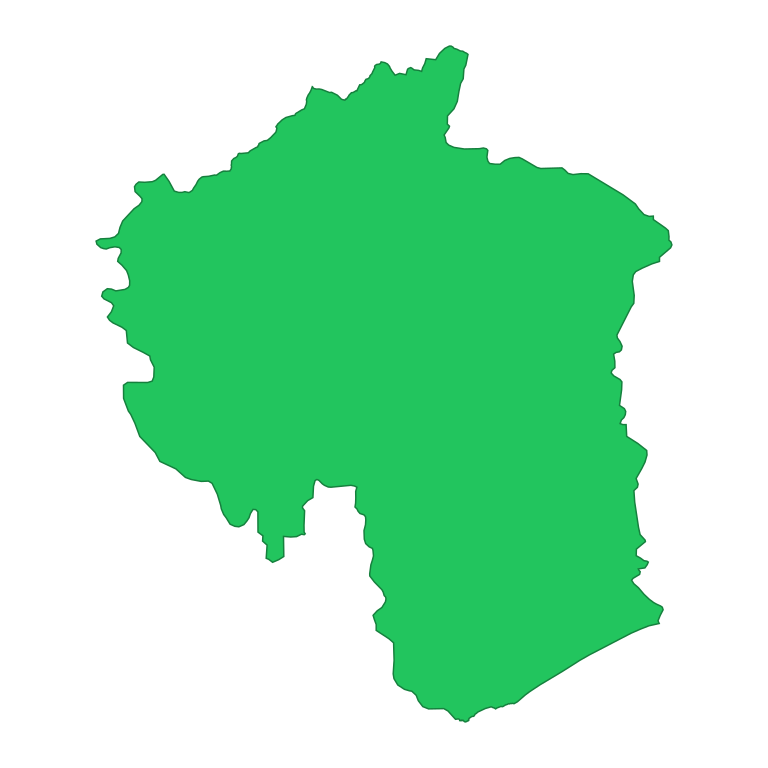 the district of San Carlos, Maldonado, Uruguay
{"feature_id": "84410073B16503485399058", "entity_name": "San Carlos", "entity_type": "district", "adm_level": 2, "iso_a3": "URY", "parent_name": "Uruguay", "parent_adm1": "Maldonado", "projection": "robinson", "projection_center": [-54.965, -34.66], "detail": "fine", "context": "isolated", "style": "filled", "palette": "green", "viewbox_px": 768, "rotation_deg": 0, "n_neighbors": 0, "source": "geoboundaries", "source_scale": "gbopen_adm2", "svg_char_len": 6039}
<svg xmlns="http://www.w3.org/2000/svg" viewBox="0 0 768 768"><path d="M272.6,562.3L278.7,559.7L283.8,556.5L283.5,536.4L290.7,537.0L296.6,536.6L301.5,534.2L304.2,534.7L305.2,533.8L304.1,532.1L304.0,525.2L304.6,510.7L302.5,507.9L302.6,506.1L307.7,500.6L312.9,497.6L313.5,486.2L315.1,480.5L316.9,479.5L318.9,480.3L322.3,483.8L324.4,485.3L328.2,487.0L331.0,487.2L350.9,485.3L354.5,486.0L356.9,487.2L355.7,491.4L355.8,498.0L355.6,503.2L355.0,507.0L357.0,509.0L358.1,511.3L360.0,513.5L363.9,514.8L365.5,516.7L365.8,519.8L365.5,524.7L364.0,530.6L364.3,539.2L365.7,543.6L369.1,546.8L372.4,548.4L373.0,550.4L373.5,556.0L372.3,560.5L370.9,564.8L369.7,573.8L369.8,576.0L374.4,582.0L381.9,589.7L383.2,592.1L384.2,595.6L385.6,597.0L386.0,598.9L385.4,601.9L381.9,607.5L377.2,610.8L373.1,615.3L374.3,619.3L376.2,624.5L376.2,630.4L388.9,638.7L393.6,642.8L394.1,660.3L393.2,673.9L394.0,678.7L397.8,685.0L404.4,689.3L409.4,690.8L411.8,691.2L416.2,695.3L418.3,700.7L422.8,706.6L428.6,708.9L443.8,708.6L448.0,711.0L455.5,719.3L458.3,718.9L459.1,719.2L459.7,720.0L459.7,720.5L460.2,720.4L460.7,720.7L461.2,720.2L461.6,720.2L462.0,720.7L462.8,720.2L463.5,720.5L463.5,720.8L464.5,721.7L465.6,721.9L467.0,721.4L467.7,720.7L468.5,720.7L468.9,720.0L468.6,719.7L468.7,719.1L469.2,718.3L471.8,716.5L473.6,716.3L474.2,715.8L475.2,714.0L476.2,713.5L477.9,712.0L485.3,708.5L491.2,706.8L493.4,707.8L493.9,707.7L495.6,708.9L497.1,707.9L501.0,706.4L502.1,706.7L503.0,706.5L505.9,704.7L506.6,704.7L508.7,703.7L509.6,703.9L510.8,703.4L511.7,703.6L512.7,703.3L514.0,703.7L517.4,701.8L525.2,695.0L529.6,691.7L540.0,684.8L562.4,671.4L579.7,660.4L589.5,654.8L631.1,633.2L640.5,629.1L648.9,625.8L659.2,623.5L658.0,620.8L660.2,615.4L663.1,609.8L662.3,607.2L660.6,606.0L656.6,604.2L653.7,602.6L649.4,599.4L644.0,594.3L638.5,587.8L633.8,583.7L631.6,580.2L633.1,578.3L639.6,574.4L640.2,571.7L638.8,570.1L638.3,568.9L644.9,567.9L647.2,564.7L648.3,562.1L647.0,561.2L644.0,560.7L640.5,558.1L636.2,555.7L636.4,549.1L645.4,541.6L645.1,540.1L640.1,534.6L638.5,527.3L634.7,502.1L633.9,490.6L637.4,487.3L638.1,484.1L636.1,478.5L641.7,468.7L645.0,462.1L647.0,455.0L646.7,450.5L638.0,443.6L626.7,436.4L626.1,424.6L622.8,424.6L620.1,423.6L621.4,420.0L623.9,417.6L625.3,414.7L625.7,411.4L624.4,408.7L619.5,405.4L621.6,389.9L621.9,381.9L620.0,379.5L613.8,375.9L611.2,373.0L611.9,370.4L614.9,367.7L614.8,361.2L613.6,354.1L616.1,352.4L619.4,351.8L621.4,349.9L622.1,346.2L620.0,341.6L617.4,338.0L616.9,335.1L631.2,306.9L633.8,303.3L634.2,295.4L632.3,281.3L633.3,274.9L635.7,271.6L641.9,268.3L651.8,263.9L659.5,261.4L659.5,257.3L670.6,247.8L671.9,244.9L670.9,241.9L668.9,240.1L669.0,236.6L668.3,230.7L665.5,228.1L653.4,219.6L653.3,216.1L649.1,216.4L644.0,214.6L638.7,208.9L635.4,204.0L623.0,194.8L588.2,173.8L580.9,173.7L573.0,174.6L568.1,173.4L564.9,170.1L562.0,167.9L540.8,168.5L537.0,167.5L522.3,158.9L519.0,157.4L514.8,157.6L509.8,158.4L504.7,160.5L500.2,164.2L495.1,164.2L489.6,163.5L487.9,161.2L486.9,157.1L487.8,150.4L486.4,148.8L483.4,148.0L479.2,148.7L464.4,149.0L454.0,147.4L448.7,145.1L446.1,142.5L445.2,137.5L444.1,135.0L448.9,128.0L449.5,126.2L447.3,124.1L447.5,115.9L453.9,108.9L457.3,101.4L458.9,91.5L460.6,83.4L463.2,78.8L463.9,69.0L465.8,65.2L468.0,54.4L466.5,53.2L464.8,52.5L462.8,51.2L460.4,51.0L456.8,49.2L454.0,48.4L452.9,47.1L451.1,46.1L449.3,46.1L444.8,48.4L439.5,53.4L435.7,59.7L426.2,58.7L424.8,63.6L422.6,67.9L421.6,71.4L418.7,70.4L414.1,69.9L411.9,68.2L410.7,67.6L408.2,68.6L407.5,69.5L406.0,74.7L399.6,73.4L395.1,75.2L392.0,71.2L390.1,68.0L389.5,66.4L387.5,64.0L384.7,62.6L381.1,61.9L380.5,63.3L379.4,64.1L376.6,64.5L375.0,65.6L374.6,66.6L374.8,67.6L372.6,72.0L372.0,73.6L370.0,75.7L370.0,76.4L369.0,78.0L367.8,78.8L366.0,79.3L365.0,80.8L364.4,82.4L361.9,84.4L360.8,84.8L359.7,84.8L356.8,90.9L356.1,90.7L353.1,92.5L351.4,92.7L349.0,95.2L348.6,96.1L346.4,99.1L345.5,99.1L344.9,100.2L341.5,99.3L337.4,95.2L331.6,92.3L329.4,92.5L321.8,89.5L319.2,89.0L316.3,89.1L314.3,88.6L313.4,88.2L312.6,86.9L312.3,86.7L311.0,90.3L309.6,93.0L308.3,94.8L306.9,97.9L306.4,99.8L306.7,101.4L306.3,104.3L304.4,108.8L301.7,109.9L296.1,113.3L295.3,114.2L295.1,115.1L294.8,115.4L292.7,115.6L285.9,117.5L282.1,119.9L277.6,124.2L276.9,125.6L276.0,126.5L276.0,126.9L276.9,128.1L276.1,131.6L275.6,132.5L270.6,137.7L267.3,140.4L264.0,140.9L259.4,143.3L259.0,143.7L258.7,145.0L258.2,145.5L257.6,146.9L256.1,147.5L250.1,150.9L248.3,152.8L241.0,153.5L239.4,153.3L238.4,153.7L237.3,156.4L235.9,157.5L233.8,158.5L231.6,161.0L231.5,164.3L231.2,165.0L231.6,167.0L231.2,168.0L231.3,168.8L229.8,171.0L225.6,171.3L225.0,171.0L224.1,171.3L223.4,171.1L220.1,172.6L216.3,175.3L214.7,175.0L208.6,176.3L203.2,176.7L201.8,177.1L199.2,179.2L197.7,181.2L196.1,184.5L193.6,188.1L192.4,190.4L189.4,192.4L188.5,192.5L184.8,191.7L182.2,192.4L178.6,192.4L174.3,191.1L169.0,181.3L164.1,174.3L162.8,174.4L155.6,180.3L152.3,181.7L144.7,182.3L138.8,182.0L136.0,184.3L134.5,186.7L135.1,191.6L140.0,196.3L142.0,198.7L141.9,201.6L139.0,205.3L134.2,208.6L122.7,221.0L120.0,227.4L118.5,233.4L114.8,236.9L109.8,238.4L100.3,238.9L96.1,241.1L96.9,244.2L100.7,247.6L103.6,248.6L106.3,249.0L109.7,247.7L115.0,246.8L119.3,247.5L121.2,249.5L121.1,252.9L118.2,258.4L117.7,261.4L121.9,265.1L126.6,270.6L128.3,275.0L129.7,280.8L129.6,285.3L128.4,287.4L125.0,289.4L115.8,290.9L111.5,289.1L107.3,288.7L102.9,291.9L101.7,296.2L104.0,298.9L111.5,302.7L113.7,305.8L111.4,311.8L107.4,317.0L109.6,320.3L113.0,322.9L121.9,327.2L126.3,330.5L127.5,343.0L133.4,347.5L143.1,352.3L149.8,356.0L150.5,359.8L154.2,367.2L153.8,377.0L152.2,381.1L147.7,382.5L127.6,382.4L123.5,385.2L123.6,398.4L128.4,411.1L130.7,414.3L134.9,423.2L139.8,436.5L155.2,452.5L159.9,461.4L175.9,468.9L185.4,477.4L191.2,479.5L201.2,481.4L208.4,481.1L212.1,483.3L217.3,494.1L220.7,505.4L221.3,508.8L223.7,514.5L226.2,517.8L230.1,524.2L234.8,526.3L238.9,526.8L243.9,524.6L246.9,521.0L249.0,517.8L250.4,513.6L253.0,509.4L255.8,509.6L257.9,511.9L258.0,532.1L262.9,535.8L262.6,541.1L267.1,545.1L266.2,558.3L268.7,559.3L272.6,562.3Z" fill="#22c55e" stroke="#15803d" stroke-width="1.5"/></svg>